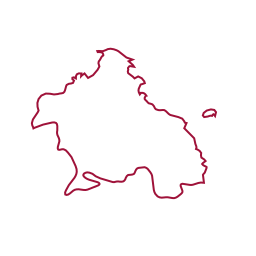 SVG path tracing the border of Central, rotated 247°
{"feature_id": "FJI-2617", "entity_name": "Central", "entity_type": "Division", "adm_level": 1, "iso_a3": "FJI", "parent_name": "Fiji", "parent_adm1": "", "projection": "robinson", "projection_center": [178.241, -17.983], "detail": "fine", "context": "isolated", "style": "outline", "palette": "rose", "viewbox_px": 256, "rotation_deg": 247, "n_neighbors": 0, "source": "natural_earth", "source_scale": "10m", "svg_char_len": 3347}
<svg xmlns="http://www.w3.org/2000/svg" viewBox="0 0 256 256"><g transform="rotate(247 128 128)"><path d="M164.6,40.8L165.9,41.0L167.7,40.9L170.0,41.4L173.0,43.8L177.7,51.0L179.0,52.5L182.8,53.0L186.5,54.4L189.6,57.0L191.7,60.9L191.8,65.8L190.0,69.6L187.8,73.0L186.7,76.6L186.4,78.6L185.9,80.3L185.6,82.0L186.2,83.6L187.5,84.9L190.8,87.5L191.6,88.4L191.8,90.8L191.2,93.0L191.0,95.0L192.7,96.8L194.8,95.9L196.0,96.5L195.8,98.0L194.0,99.4L196.1,100.4L197.4,101.9L197.5,104.0L196.4,106.4L195.8,106.0L194.0,105.1L194.4,106.0L195.2,109.3L189.7,110.8L190.3,116.5L193.5,122.8L195.8,125.7L199.2,126.1L200.7,127.1L201.7,128.8L203.6,131.2L204.2,132.3L204.3,133.2L204.7,133.8L206.6,134.0L207.7,133.5L208.6,132.2L209.3,130.9L209.7,129.8L210.8,129.8L210.3,131.3L208.9,134.1L208.5,135.3L208.4,138.3L208.5,140.2L207.8,142.9L206.0,145.7L204.0,147.9L202.4,149.2L193.5,154.1L189.2,158.9L189.2,154.7L184.1,157.1L182.0,157.5L184.1,154.2L184.3,153.4L183.3,151.5L182.6,151.2L181.7,151.1L180.1,149.9L178.4,149.6L173.4,152.5L171.1,153.4L171.5,157.5L168.4,160.1L164.6,161.2L162.7,161.0L162.9,158.0L163.1,156.9L162.8,156.3L159.9,153.2L158.4,152.3L156.6,151.9L154.3,152.0L154.8,152.9L154.9,153.0L155.4,153.4L154.6,155.3L153.6,156.4L152.3,157.1L150.6,157.5L150.7,157.0L150.1,156.1L149.2,155.1L148.2,154.7L147.0,155.0L144.9,155.9L144.0,156.1L142.6,156.8L141.5,158.3L140.2,159.7L138.0,160.4L135.8,160.5L134.5,160.9L133.6,161.8L132.6,163.0L131.9,164.3L130.9,167.3L130.2,168.5L128.6,169.5L125.0,171.0L123.5,172.0L118.4,178.6L115.4,181.6L112.2,182.4L110.7,182.4L109.7,183.8L105.8,179.7L92.7,184.9L87.0,183.8L84.4,183.7L83.3,183.4L82.1,182.4L81.0,183.6L78.9,185.0L76.4,185.6L74.4,184.5L72.1,184.0L69.4,185.8L67.3,186.5L66.4,183.1L65.9,182.2L64.6,182.6L63.2,183.6L62.3,184.5L61.3,185.1L60.3,184.5L56.9,181.2L56.3,179.8L55.6,178.7L47.9,176.5L49.3,173.8L49.9,171.3L50.4,165.8L50.7,164.4L51.4,162.8L55.4,156.3L55.5,155.0L55.0,154.2L54.1,153.8L49.9,153.6L48.7,153.5L47.7,153.0L47.1,152.2L46.5,150.7L45.4,146.7L45.2,144.8L45.4,143.1L46.1,141.6L48.6,137.7L49.4,135.9L50.7,131.8L51.8,130.0L53.5,128.5L56.7,127.4L58.9,127.3L61.0,127.6L74.6,131.5L76.3,131.6L78.4,131.3L82.5,130.2L84.0,129.4L85.4,128.0L87.2,122.0L87.2,120.7L86.6,119.3L85.6,118.1L84.5,117.0L83.5,115.8L83.4,114.2L83.8,112.5L84.7,109.8L84.2,108.1L83.0,106.5L81.7,105.3L80.9,103.8L80.7,102.5L81.1,101.0L81.8,99.5L82.7,98.0L83.2,96.5L83.6,94.0L84.3,92.7L92.4,82.9L96.2,79.4L99.7,77.4L102.0,75.0L103.1,73.1L103.4,71.3L103.2,69.7L102.6,68.8L101.6,68.3L100.2,68.6L98.6,69.4L97.0,70.6L95.4,72.2L90.2,78.6L89.4,79.4L88.5,79.9L87.9,80.0L87.3,79.7L87.0,79.1L86.8,78.0L87.1,66.7L87.5,64.7L88.4,62.8L90.9,58.6L91.6,56.7L91.9,54.8L91.7,53.0L90.5,49.1L90.1,47.0L90.4,45.3L91.3,44.3L93.2,44.9L94.8,46.5L98.5,51.2L103.1,59.3L104.4,61.0L105.9,62.5L107.7,63.7L110.3,64.6L113.5,64.9L123.3,64.6L128.9,63.1L131.8,62.0L133.6,60.4L134.1,59.3L134.3,58.5L134.4,57.8L134.6,56.7L134.9,55.9L135.5,55.3L136.8,55.4L138.1,56.1L142.5,59.6L144.1,60.2L145.9,60.4L149.2,60.3L150.7,60.6L152.0,61.1L153.5,62.0L157.4,63.7L159.4,64.1L160.8,63.7L162.0,62.3L162.7,60.3L164.3,51.2L164.7,42.3L164.6,40.8ZM107.4,205.9L108.3,202.4L110.3,201.8L112.3,203.6L113.3,207.3L112.7,211.6L110.9,214.5L108.2,215.2L105.0,212.8L106.7,212.4L107.3,212.0L107.1,211.2L106.3,210.1L107.0,209.1L107.2,208.2L107.3,207.2L107.4,205.9Z" fill="none" stroke="#9f1239" stroke-width="2"/></g></svg>